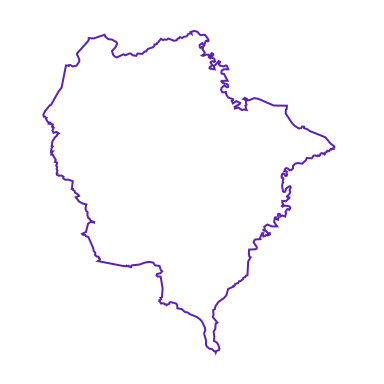 Mueang Khon Kaen, Khon Kaen, Thailand, rotated 357°
{"feature_id": "78962969B54788642666507", "entity_name": "Mueang Khon Kaen", "entity_type": "district", "adm_level": 2, "iso_a3": "THA", "parent_name": "Thailand", "parent_adm1": "Khon Kaen", "projection": "albers", "projection_center": [102.826, 16.427], "detail": "fine", "context": "isolated", "style": "outline", "palette": "violet", "viewbox_px": 384, "rotation_deg": 357, "n_neighbors": 0, "source": "geoboundaries", "source_scale": "gbopen_adm2", "svg_char_len": 5909}
<svg xmlns="http://www.w3.org/2000/svg" viewBox="0 0 384 384"><g transform="rotate(357 192 192)"><path d="M80.0,228.0L80.8,229.0L83.1,229.3L83.7,230.5L86.2,231.7L90.4,242.8L90.7,245.7L92.3,247.7L91.8,249.7L93.7,251.6L95.0,251.6L95.8,252.6L95.6,253.4L96.6,254.2L96.0,255.3L94.5,256.1L118.7,262.1L122.3,262.7L122.8,262.1L124.2,262.9L124.6,262.4L126.6,263.9L127.3,263.8L127.6,262.3L128.4,262.1L135.6,261.7L141.8,259.9L146.3,259.6L149.5,260.5L151.4,263.4L155.6,264.1L156.7,268.2L158.1,269.7L156.0,271.5L152.8,272.0L152.2,273.3L153.1,274.5L156.3,275.0L157.6,286.7L156.5,295.4L155.0,296.1L155.5,297.4L153.6,298.5L153.6,299.4L154.3,299.7L155.1,301.7L157.8,301.6L158.9,302.8L160.3,302.8L160.6,303.6L163.3,302.5L163.7,301.3L164.9,300.8L170.4,302.6L171.3,304.1L171.3,307.4L175.7,308.4L178.4,311.3L182.0,312.4L183.1,313.7L190.2,317.0L193.4,319.6L195.3,322.1L197.8,328.2L198.1,330.6L196.9,333.1L196.8,335.0L198.3,341.1L198.0,345.2L198.6,346.9L201.2,349.4L204.0,350.1L205.6,352.0L206.9,352.3L207.3,353.6L207.9,352.1L210.7,351.2L211.2,350.1L210.2,345.8L208.8,343.6L206.1,341.8L206.7,338.0L206.3,332.5L208.0,330.2L208.8,324.6L210.5,323.8L206.3,318.0L207.1,315.5L206.9,311.2L208.7,310.1L209.4,307.3L212.7,303.1L218.2,299.7L220.8,297.1L223.0,290.8L228.7,288.5L228.5,287.9L229.9,287.3L230.3,286.1L233.4,285.2L234.3,283.6L235.9,283.4L238.4,281.6L238.7,280.5L240.6,279.7L241.4,278.4L243.0,278.1L244.5,264.3L247.1,260.2L246.0,259.6L245.5,257.1L246.0,252.5L252.4,252.5L253.6,251.9L253.8,250.3L250.9,245.6L251.8,243.5L252.8,242.7L257.9,242.7L257.6,241.2L260.1,236.7L261.1,236.9L260.5,238.2L261.0,240.1L263.0,239.7L263.8,238.8L265.5,239.4L267.5,238.6L267.5,237.1L265.6,237.3L264.2,235.0L261.3,234.1L261.3,233.6L262.7,233.4L262.4,230.4L265.7,228.4L269.9,230.5L275.2,230.8L272.4,226.2L273.5,221.8L274.4,221.6L274.9,223.4L276.4,224.3L277.0,222.3L276.6,218.8L277.5,218.3L278.8,218.9L279.1,221.1L281.2,220.2L283.7,221.4L284.8,218.2L284.3,216.8L286.1,214.2L286.9,214.0L288.1,214.9L289.0,213.9L289.3,212.4L288.2,211.3L283.9,210.4L281.6,211.4L281.0,210.8L282.4,209.4L281.6,207.3L281.7,205.6L285.1,206.2L289.0,203.1L289.0,202.5L287.2,202.4L286.6,201.5L289.6,198.6L290.1,196.9L289.5,195.1L290.9,192.6L290.5,191.5L289.5,191.4L286.2,193.4L285.0,196.5L283.9,196.9L282.9,196.1L282.3,190.2L282.8,188.1L283.6,187.3L283.1,185.9L284.0,183.7L283.4,182.6L282.4,182.5L282.2,180.9L283.3,178.4L284.5,178.3L286.1,180.8L287.3,180.8L287.9,179.5L287.2,178.2L287.8,176.7L286.7,175.8L285.4,175.9L286.5,173.5L287.3,173.1L288.8,173.4L290.6,175.4L292.4,175.2L294.1,173.6L294.3,171.1L296.7,169.0L299.0,168.6L303.4,169.5L307.4,166.2L308.3,164.1L313.4,164.6L315.1,162.2L317.0,161.9L319.1,162.7L319.8,162.0L320.8,162.7L321.6,162.3L322.3,160.5L323.8,159.9L326.0,161.3L326.2,160.4L327.0,160.5L327.3,159.4L328.6,159.1L329.2,157.9L331.0,158.4L331.7,157.2L333.1,157.0L333.0,156.2L335.3,156.3L335.0,155.8L336.3,155.2L336.5,154.0L332.6,150.5L328.0,144.3L312.8,137.3L310.5,135.4L307.3,134.1L307.3,132.7L305.6,132.3L304.4,133.9L302.0,134.1L298.2,131.5L295.6,128.6L289.7,118.5L289.9,115.8L290.2,114.5L290.8,114.3L291.3,110.8L278.1,109.9L263.3,102.5L259.1,101.5L253.5,103.4L252.4,103.2L251.6,101.9L249.6,100.7L248.3,101.8L249.7,102.2L250.0,103.2L251.0,103.7L250.5,105.6L251.0,107.8L249.8,108.6L250.3,110.1L250.0,111.3L250.8,112.9L248.0,112.3L246.2,112.8L242.7,110.1L239.3,110.9L239.0,109.2L244.1,106.8L244.7,105.5L240.9,103.6L237.5,105.7L236.4,103.2L237.7,102.5L237.9,101.5L233.0,99.5L231.1,95.9L231.1,94.0L227.5,94.1L226.4,91.5L226.9,89.6L229.7,87.4L232.5,89.3L233.5,89.0L233.6,87.3L233.1,86.4L228.5,84.7L227.1,83.0L227.8,82.6L233.4,82.8L230.1,75.8L227.9,75.4L227.5,74.3L228.0,72.3L230.2,71.1L234.6,71.4L233.5,68.1L232.5,67.3L230.4,68.3L226.2,67.1L225.6,65.7L226.8,63.5L225.5,62.7L222.0,66.4L220.3,67.0L221.1,70.7L216.6,69.8L215.9,69.1L216.2,68.2L218.3,67.0L218.8,66.1L217.3,63.9L217.5,63.1L219.2,62.5L221.2,63.3L221.9,62.7L221.1,60.1L218.9,58.8L219.1,57.6L220.4,56.2L220.2,55.1L219.3,54.4L218.4,55.0L217.6,56.8L218.0,59.0L217.4,59.6L215.8,58.2L216.1,56.3L215.4,55.7L213.3,55.6L210.2,56.7L209.1,56.2L211.5,54.7L212.0,53.2L210.0,50.2L210.6,48.0L209.5,47.5L208.4,48.5L207.8,48.4L207.2,47.1L207.4,45.4L210.3,43.8L211.2,46.0L211.9,46.3L213.6,42.0L214.3,41.6L215.8,42.4L216.5,41.8L216.3,40.5L213.5,36.1L211.9,35.5L209.2,35.9L207.7,35.0L205.7,32.2L202.5,31.3L199.7,31.9L199.8,33.1L199.1,32.8L199.4,33.7L198.8,33.2L196.2,34.2L195.7,35.4L194.0,36.5L192.1,36.5L190.1,37.8L188.0,36.6L186.8,38.0L185.7,38.1L184.6,39.7L182.0,40.0L176.3,37.5L174.8,38.6L172.0,38.2L171.0,38.8L169.0,37.4L165.9,40.9L164.8,41.5L164.4,42.6L162.2,42.7L162.0,44.1L160.9,45.3L155.5,46.8L153.4,49.3L152.2,49.2L149.6,51.5L144.9,50.9L143.4,53.1L139.9,52.4L138.2,50.5L136.5,50.5L132.7,52.0L130.6,50.9L124.0,53.7L122.0,52.7L120.3,50.6L119.5,47.0L123.2,43.4L125.0,40.0L124.4,38.4L120.1,35.6L116.5,35.0L113.6,32.4L112.9,30.4L101.8,33.5L96.9,32.9L96.9,34.6L96.0,36.0L84.5,47.6L84.3,48.5L86.4,53.6L86.2,55.8L83.3,59.8L79.5,60.4L77.4,59.0L75.7,58.8L75.5,59.6L72.8,59.0L67.2,81.0L64.1,84.5L55.8,97.6L54.5,98.0L49.5,103.5L47.5,107.2L47.9,108.9L49.2,109.0L49.7,110.3L50.6,110.6L50.1,111.4L51.4,114.2L52.4,114.8L52.4,116.0L53.1,115.5L53.6,116.3L54.3,115.7L54.6,116.7L56.5,117.3L55.8,119.1L56.6,119.3L56.2,120.1L57.2,120.7L55.8,123.2L56.8,125.7L59.8,124.9L62.0,126.6L60.4,127.5L60.1,128.6L58.0,130.2L55.3,134.1L54.3,138.8L55.3,139.2L54.0,141.0L53.4,143.7L55.1,144.1L53.4,145.4L54.1,146.0L53.5,147.3L54.9,147.5L57.6,152.8L56.7,154.8L58.7,155.5L58.7,156.6L57.7,158.6L58.7,160.0L58.0,161.8L58.7,164.0L57.8,166.4L58.5,166.7L58.1,167.8L59.3,168.6L62.6,168.8L64.5,170.0L64.1,171.7L66.0,173.1L69.2,173.2L73.5,175.0L72.3,181.8L73.0,182.4L72.3,182.9L74.8,184.7L75.1,186.4L78.2,188.6L79.0,190.0L75.6,191.1L78.7,195.6L82.2,197.8L85.9,198.9L84.8,202.5L85.2,205.1L86.7,206.7L86.3,209.8L87.3,213.0L88.3,213.1L89.2,215.3L92.8,217.0L92.6,217.5L89.7,216.4L86.6,218.1L84.0,226.4L80.0,228.0Z" fill="none" stroke="#5b21b6" stroke-width="2"/></g></svg>